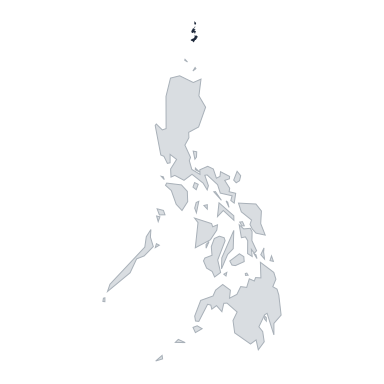 Batanes, Batanes, Philippines shown in context
{"feature_id": "2640588B23864872837062", "entity_name": "Batanes", "entity_type": "district", "adm_level": 2, "iso_a3": "PHL", "parent_name": "Philippines", "parent_adm1": "Batanes", "projection": "robinson", "projection_center": [121.895, 20.691], "detail": "fine", "context": "in_parent", "style": "filled", "palette": "slate", "viewbox_px": 384, "rotation_deg": 0, "n_neighbors": 0, "source": "geoboundaries", "source_scale": "gbopen_adm2", "svg_char_len": 5572}
<svg xmlns="http://www.w3.org/2000/svg" viewBox="0 0 384 384"><path d="M179.7,75.8L193.3,82.5L201.0,79.1L198.9,95.8L205.6,107.2L198.6,127.0L188.7,132.3L188.9,137.8L184.9,145.1L190.5,157.4L189.3,160.7L191.8,169.4L200.0,174.4L199.8,169.8L207.7,166.3L213.3,169.0L216.4,178.2L220.0,176.4L220.5,171.7L229.6,176.4L229.4,178.8L224.7,180.4L229.7,188.3L229.1,191.7L235.7,193.3L234.2,203.1L230.8,200.5L232.1,195.8L220.3,193.1L217.6,184.7L207.1,174.9L204.8,175.3L208.4,185.7L207.2,189.9L203.1,183.1L192.0,174.3L184.0,180.3L174.8,175.4L171.0,177.1L170.6,169.0L176.6,159.4L170.1,154.4L170.1,162.8L167.4,163.4L163.9,156.3L160.8,155.0L155.2,125.5L156.3,124.0L162.3,129.9L166.1,128.6L166.0,96.4L170.5,78.1L179.7,75.8ZM260.4,262.3L273.8,272.4L275.9,279.2L272.8,286.7L277.0,289.1L278.8,295.0L281.1,315.1L273.9,323.4L273.9,334.9L267.1,313.3L264.6,314.8L258.9,326.8L262.7,331.6L264.2,341.8L258.3,349.8L256.1,339.9L250.5,344.0L234.7,332.9L233.0,320.5L237.1,312.0L227.0,303.1L223.8,303.3L221.9,311.7L216.5,305.6L211.8,309.2L210.8,305.1L207.6,304.3L198.8,321.4L195.5,321.0L194.7,316.1L200.7,300.4L213.0,296.0L215.6,290.1L222.7,284.5L230.4,290.2L229.5,298.2L236.9,294.4L240.7,286.6L246.7,287.4L249.3,278.8L254.3,281.0L255.6,277.6L260.9,277.9L260.4,262.3ZM220.6,272.5L214.6,277.0L212.2,271.5L206.6,268.1L203.5,260.9L204.9,258.0L212.0,255.3L211.3,246.6L214.3,238.5L219.4,236.2L224.1,237.7L225.1,240.7L217.7,260.0L220.6,272.5ZM255.9,204.0L261.4,211.0L260.7,223.6L265.2,235.1L255.9,233.1L252.2,228.9L250.0,224.4L251.5,220.0L241.3,211.8L238.5,203.1L255.9,204.0ZM194.6,218.1L211.6,223.6L212.7,226.8L217.5,224.8L216.8,230.1L210.4,239.8L195.3,247.8L198.0,222.6L194.6,218.1ZM130.1,272.8L107.5,291.5L110.0,284.2L144.8,247.1L146.3,236.7L150.9,229.5L150.4,237.1L153.3,246.6L144.2,255.9L136.6,258.9L130.1,272.8ZM166.7,183.1L181.4,184.9L187.3,191.3L187.7,201.6L182.0,210.5L176.2,204.3L171.3,190.5L165.5,185.3L166.7,183.1ZM243.7,228.9L250.3,228.3L252.1,231.7L251.9,240.6L256.6,250.7L254.3,253.2L251.4,249.4L252.2,256.5L247.6,253.6L247.7,240.7L245.4,236.9L241.4,237.7L239.2,224.8L243.7,228.9ZM221.5,268.8L221.8,257.9L233.8,230.4L233.2,248.7L227.6,254.5L221.5,268.8ZM244.2,261.6L235.4,265.6L232.0,265.1L229.8,261.0L239.4,253.8L243.8,256.6L244.2,261.6ZM219.0,202.8L233.8,215.8L233.9,220.3L223.3,210.5L217.5,216.6L219.0,202.8ZM239.5,180.7L236.2,182.8L233.7,180.1L237.1,171.3L240.7,175.7L239.5,180.7ZM202.1,328.7L195.4,332.6L193.0,327.4L197.2,325.8L202.1,328.7ZM157.1,208.8L163.4,210.4L165.0,214.8L159.4,214.9L157.1,208.8ZM194.6,182.6L198.2,184.3L196.2,189.7L193.0,187.1L194.6,182.6ZM178.3,339.4L185.2,342.6L175.3,342.4L178.3,339.4ZM264.5,259.0L260.8,254.7L264.0,247.9L263.6,252.0L264.5,259.0ZM198.8,201.3L196.4,212.8L194.7,208.1L196.2,202.5L198.8,201.3ZM162.1,355.4L162.6,358.9L155.7,361.0L162.1,355.4ZM196.7,151.8L196.5,157.0L194.9,159.2L193.2,151.1L196.7,151.8ZM209.1,241.6L206.1,248.2L206.1,244.4L209.1,241.6ZM159.9,216.8L158.2,221.6L156.6,216.0L159.9,216.8ZM244.3,225.8L242.0,225.9L239.7,222.1L242.5,221.7L244.3,225.8ZM207.3,204.7L207.3,209.1L203.9,205.5L207.3,204.7ZM273.4,261.4L270.0,260.6L271.5,255.9L273.4,261.4ZM215.4,191.6L221.4,200.3L213.8,191.8L215.4,191.6ZM159.3,245.2L155.3,247.6L156.4,243.7L159.3,245.2ZM226.8,272.4L226.0,276.0L223.8,274.2L226.8,272.4ZM227.7,202.2L229.0,207.4L226.1,200.9L227.7,202.2ZM104.9,301.7L102.9,301.5L103.4,298.2L104.9,297.8L104.9,301.7ZM248.1,275.2L245.5,275.4L245.3,273.5L246.8,273.1L248.1,275.2ZM266.3,321.1L264.4,318.8L265.0,316.4L266.3,317.6L266.3,321.1ZM163.2,176.7L164.3,179.6L161.2,176.3L163.2,176.7ZM255.9,254.7L257.0,258.6L254.1,253.9L255.9,254.7ZM195.9,68.6L192.9,71.0L195.1,67.5L195.9,68.6ZM199.4,171.9L195.3,169.7L195.4,168.1L199.4,171.9ZM185.0,59.3L187.5,62.0L184.7,60.2L185.0,59.3Z" fill="#d9dde1" stroke="#a8b0b8" stroke-width="1"/><path d="M193.6,29.1L193.4,29.1L193.2,29.3L193.1,29.5L193.0,29.9L193.0,30.0L192.9,30.1L192.8,30.3L192.8,30.5L192.7,30.6L192.5,30.8L192.4,30.8L192.3,31.0L192.2,31.3L192.1,31.5L192.3,31.8L192.4,32.0L192.5,32.0L192.4,32.1L192.5,32.2L192.8,32.1L192.9,31.9L192.9,32.0L192.9,31.9L193.0,31.9L193.1,31.7L193.3,31.6L193.4,31.4L193.5,31.3L193.5,31.2L193.5,30.8L193.7,30.7L193.8,30.7L193.8,30.4L193.7,30.2L193.8,30.1L193.7,30.1L193.8,30.0L193.9,29.9L194.0,29.8L194.0,29.7L193.9,29.6L193.9,29.4L193.8,29.2L193.7,29.1L193.6,29.1ZM195.7,38.3L195.5,38.2L195.4,38.2L195.5,38.0L195.5,37.9L195.7,37.7L195.8,37.7L195.9,37.4L196.2,37.2L196.4,37.2L196.5,37.1L196.8,36.9L196.7,36.8L196.7,36.7L196.4,36.4L196.2,36.3L196.0,36.5L195.8,36.6L195.7,36.7L195.5,36.8L195.4,36.7L195.4,36.8L195.4,37.0L195.5,37.2L195.5,37.3L195.4,37.3L195.3,37.6L195.2,37.6L195.2,37.8L195.0,38.0L194.9,38.0L194.7,38.4L194.7,38.5L194.5,38.8L194.6,39.0L194.6,39.3L195.0,39.3L195.2,39.2L195.3,39.2L195.5,38.9L195.6,38.7L195.8,38.6L195.7,38.5L195.7,38.4L195.8,38.4L195.7,38.4L195.7,38.3ZM193.3,39.2L193.2,39.3L193.3,39.3L193.2,39.4L193.2,39.6L193.2,39.8L193.2,40.1L193.2,40.4L193.3,40.4L193.3,40.5L193.2,40.6L193.3,40.7L193.3,40.8L193.4,41.0L193.5,41.1L193.6,40.8L193.7,40.7L193.8,40.7L194.0,40.6L194.0,40.4L194.1,40.1L193.9,39.8L193.9,39.7L193.7,39.5L193.6,39.4L193.4,39.3L193.5,39.3L193.4,39.3L193.3,39.2L193.3,39.2ZM192.6,39.6L192.5,39.9L192.5,40.0L192.4,40.0L192.5,40.1L192.4,40.2L192.5,40.2L192.6,40.3L192.7,40.2L192.8,40.0L192.8,39.8L192.7,39.6L192.6,39.6ZM194.9,31.7L194.7,31.7L194.7,31.8L194.8,32.0L194.9,31.7L194.9,31.7ZM195.1,23.0L195.1,23.3L195.3,23.3L195.3,23.2L195.2,23.1L195.1,23.0ZM194.7,27.0L194.8,27.2L194.7,27.1L194.7,27.0ZM192.1,39.5L192.3,39.7L192.1,39.5ZM194.9,24.1L194.8,24.3L194.9,24.2L194.9,24.1Z" fill="#64748b" stroke="#1e293b" stroke-width="1.5"/></svg>